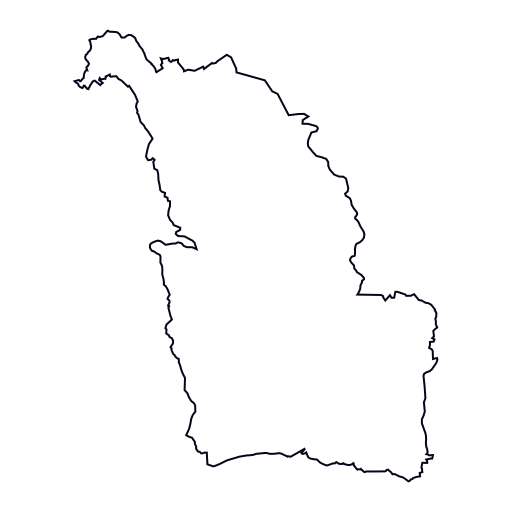 outline of Coacoatzintla, Veracruz, Mexico
{"feature_id": "50627088B62702999552661", "entity_name": "Coacoatzintla", "entity_type": "district", "adm_level": 2, "iso_a3": "MEX", "parent_name": "Mexico", "parent_adm1": "Veracruz", "projection": "mercator", "projection_center": [-96.952, 19.681], "detail": "fine", "context": "isolated", "style": "outline", "palette": "ink", "viewbox_px": 512, "rotation_deg": 0, "n_neighbors": 0, "source": "geoboundaries", "source_scale": "gbopen_adm2", "svg_char_len": 5945}
<svg xmlns="http://www.w3.org/2000/svg" viewBox="0 0 512 512"><path d="M226.8,54.8L216.9,61.6L216.0,62.8L214.5,63.3L212.4,63.5L212.0,63.0L204.0,69.0L203.2,66.6L194.6,70.8L188.2,69.7L184.0,71.3L183.6,69.3L178.0,62.5L178.0,59.6L174.9,60.2L174.7,60.5L173.4,60.6L172.9,60.1L171.0,62.0L169.7,61.2L168.8,60.2L169.1,59.6L168.3,57.8L162.9,59.1L160.9,58.4L162.0,61.3L162.3,63.3L161.9,63.5L160.9,64.9L162.7,68.2L156.4,72.2L155.9,71.5L155.5,69.1L153.4,66.0L151.3,63.9L151.5,63.6L146.5,59.4L144.7,54.8L144.5,53.5L143.8,52.5L142.4,49.4L139.5,46.0L138.5,43.9L136.2,40.8L135.4,38.5L134.8,37.9L134.7,37.4L131.1,35.1L128.8,34.9L126.6,35.9L124.7,37.5L121.6,37.6L119.6,34.3L117.6,32.5L115.8,32.0L109.9,31.7L108.7,31.3L108.0,30.7L107.2,31.0L102.7,36.2L99.2,37.0L97.8,36.5L96.1,38.8L92.5,38.9L89.9,39.6L89.3,40.1L90.3,42.2L91.1,46.5L90.8,48.9L89.6,51.0L88.6,51.6L86.8,54.3L85.9,54.7L85.1,57.1L85.6,59.0L86.2,59.9L88.0,61.8L89.0,63.8L87.8,66.1L87.0,66.5L86.4,67.5L87.2,70.1L86.5,69.8L84.7,72.3L84.1,74.2L83.6,78.2L82.8,78.6L80.6,81.2L80.2,81.3L78.9,80.0L74.6,81.2L75.7,82.3L78.1,83.8L78.8,85.8L80.2,87.1L82.5,88.0L83.9,85.6L85.0,86.0L85.1,86.4L87.1,88.8L88.4,89.1L88.5,88.1L89.2,87.6L90.1,85.4L92.2,82.4L92.5,81.6L94.7,80.6L100.3,85.1L101.8,83.5L102.7,82.9L99.1,80.0L99.7,78.1L101.0,79.5L105.1,78.6L105.4,78.8L105.8,77.6L105.6,76.6L109.8,74.5L110.1,76.3L110.6,76.7L116.4,76.2L118.3,78.8L121.7,80.7L128.0,86.7L129.1,85.8L135.0,94.8L137.7,101.4L137.6,101.9L136.6,103.5L136.0,106.8L137.5,111.0L137.1,112.9L138.4,114.5L140.6,122.0L144.0,125.5L145.2,128.1L146.5,129.4L148.5,132.1L152.6,138.6L148.9,144.2L147.3,150.1L146.0,156.6L148.1,160.2L151.2,159.7L152.8,158.2L154.6,159.9L153.3,161.8L154.3,168.6L157.3,170.2L158.2,174.3L158.5,180.2L159.5,184.6L160.3,190.2L162.1,191.9L165.0,192.8L164.6,196.5L167.5,197.8L167.9,200.8L170.0,201.3L170.0,206.1L168.6,210.5L168.1,215.2L170.0,219.8L172.7,222.7L173.7,225.1L180.3,227.8L180.1,229.9L176.2,232.0L175.7,233.9L178.0,236.0L184.5,236.4L192.5,240.7L194.6,242.8L196.6,249.2L192.1,247.2L186.9,247.2L183.7,245.9L181.6,243.3L178.2,242.3L175.5,243.5L172.3,243.6L165.6,244.8L160.6,241.2L157.7,240.6L153.9,241.9L150.9,243.5L150.0,245.2L149.9,247.4L150.6,249.1L152.2,251.1L153.7,251.2L156.8,253.5L158.5,254.1L160.1,255.3L160.5,256.7L160.4,262.5L162.1,266.2L162.4,269.9L162.2,274.0L163.5,279.2L164.0,282.2L163.8,284.3L164.3,285.2L165.6,286.0L167.5,289.2L169.7,294.7L167.9,297.6L167.5,298.9L169.4,300.6L169.6,302.1L168.1,305.6L169.2,306.2L168.4,307.7L170.4,315.7L171.9,319.5L166.5,324.5L165.4,328.2L166.5,329.5L166.2,333.4L169.0,335.4L169.4,336.8L172.0,338.4L173.1,340.8L172.9,343.6L170.9,346.5L170.6,347.5L171.6,348.4L171.5,350.2L173.4,354.2L174.6,355.1L175.4,356.6L177.2,358.3L178.7,358.9L178.9,360.4L178.8,362.4L179.8,364.5L181.4,370.1L182.8,373.7L185.0,377.9L184.6,390.1L187.3,393.1L188.8,396.9L191.1,400.9L194.0,403.2L195.2,405.7L195.3,411.7L192.8,414.9L191.2,418.9L190.4,423.7L189.1,428.8L186.2,435.2L188.9,436.7L192.1,437.8L194.8,441.8L194.9,443.7L196.2,446.7L196.1,448.8L197.9,451.4L200.0,452.0L201.2,453.3L202.7,453.3L204.4,452.6L206.8,452.6L207.4,464.3L212.8,466.2L213.6,466.3L215.0,465.9L219.1,464.3L226.9,460.4L239.3,456.7L246.8,455.4L249.7,455.3L253.9,454.7L255.8,453.9L264.6,453.0L266.6,453.0L269.3,453.7L271.5,453.9L276.1,453.6L279.0,453.1L281.5,453.7L287.5,456.6L287.8,456.2L290.7,456.7L304.4,448.9L304.6,449.4L301.4,452.8L301.9,453.7L303.6,453.8L305.0,453.3L306.2,452.4L308.0,456.9L308.9,457.8L310.9,458.7L315.6,459.5L316.8,459.4L319.8,462.3L322.6,463.9L326.1,465.3L327.3,465.4L333.0,463.4L334.8,463.4L336.3,462.1L338.9,463.8L339.5,463.7L340.8,464.1L342.6,463.8L342.9,463.3L343.6,463.3L344.3,464.2L345.9,464.4L347.2,464.9L350.0,465.0L352.0,464.2L353.4,463.1L353.7,463.4L353.8,465.3L356.7,469.0L357.5,469.6L357.8,469.2L360.3,469.4L360.9,468.9L361.5,469.8L362.1,470.1L364.1,471.9L364.8,472.1L366.2,471.5L384.7,471.4L385.8,471.1L386.6,470.0L387.9,469.6L391.5,472.7L392.4,474.2L394.9,474.1L399.3,476.4L402.3,477.1L404.4,478.3L408.4,481.3L409.5,481.0L410.9,479.4L412.4,479.1L412.9,478.1L416.6,476.9L420.1,476.4L419.7,473.0L422.3,472.1L422.0,468.7L421.6,468.2L421.5,467.1L422.3,462.8L427.2,462.9L427.2,461.4L426.2,459.5L431.1,458.5L432.2,458.5L433.0,455.1L428.9,455.3L427.9,454.4L426.5,454.2L427.3,453.1L427.6,451.5L427.0,448.7L426.2,446.3L425.9,443.3L426.1,439.5L426.0,436.2L425.5,433.4L421.9,423.4L421.9,419.2L423.6,415.5L424.8,411.4L423.9,402.3L425.4,398.3L424.7,387.6L423.5,375.8L424.2,373.7L426.5,372.3L429.8,371.1L431.9,369.3L436.1,363.2L437.1,360.9L437.4,359.1L437.0,358.0L433.0,359.0L432.7,350.8L431.7,349.3L429.1,347.9L430.0,345.0L429.9,342.0L433.7,341.6L434.5,339.4L432.2,338.1L434.0,336.4L433.3,330.9L435.5,328.7L437.2,327.5L435.8,324.2L435.9,321.1L435.3,318.7L436.2,316.9L436.4,313.3L436.0,312.1L435.7,311.9L434.8,310.2L435.1,309.7L431.3,304.8L428.3,303.1L425.7,302.8L421.3,300.4L418.9,300.1L414.1,294.2L410.6,295.8L406.1,295.8L405.3,294.5L397.7,291.9L395.3,291.8L394.2,297.7L391.5,297.8L390.0,295.2L385.3,300.5L383.2,297.4L383.1,296.1L381.1,295.0L357.4,294.6L358.6,292.7L360.2,288.9L360.5,285.4L361.8,282.7L362.1,280.7L364.0,279.3L363.9,277.9L361.3,274.9L357.0,272.2L356.0,270.4L354.3,268.4L354.0,265.5L351.1,262.3L350.0,260.2L350.6,258.1L352.1,256.5L354.4,256.0L354.9,255.0L355.1,251.4L354.9,249.5L355.4,246.3L356.2,244.1L360.2,242.0L362.3,240.1L363.9,237.6L364.4,234.5L363.7,231.7L360.4,226.4L358.4,222.0L356.8,219.9L355.2,218.7L355.1,217.2L356.6,215.4L357.2,214.0L356.8,212.3L353.5,208.0L351.7,204.9L350.9,200.5L349.8,198.2L345.8,195.7L345.1,193.7L347.6,191.5L348.3,188.2L346.0,178.6L343.2,176.7L338.9,176.5L334.2,174.6L329.8,169.6L328.3,166.0L328.2,162.0L326.2,158.9L321.5,157.2L316.4,155.9L312.7,151.9L308.2,146.3L307.8,143.0L308.3,139.9L311.4,132.5L316.5,131.2L317.9,128.5L317.3,127.0L316.1,126.1L308.3,123.9L302.5,123.7L302.8,120.0L308.4,116.5L304.1,113.9L298.8,114.0L288.7,115.2L277.6,93.9L272.3,91.4L264.8,80.3L236.5,72.4L236.2,68.6L231.1,57.4L226.8,54.8Z" fill="none" stroke="#020617" stroke-width="2"/></svg>